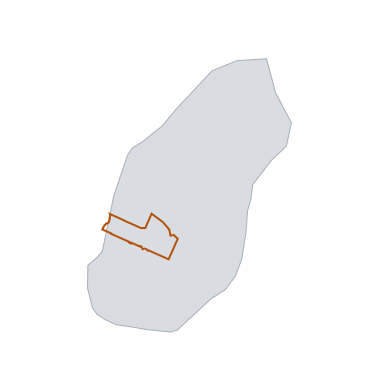 83, Ar Rayyān, Qatar (highlighted), rotated 24°
{"feature_id": "91078587B29732052080276", "entity_name": "83", "entity_type": "district", "adm_level": 2, "iso_a3": "QAT", "parent_name": "Qatar", "parent_adm1": "Ar Rayyān", "projection": "mercator", "projection_center": [50.853, 25.078], "detail": "fine", "context": "in_parent", "style": "outline", "palette": "amber", "viewbox_px": 384, "rotation_deg": 24, "n_neighbors": 0, "source": "geoboundaries", "source_scale": "gbopen_adm2", "svg_char_len": 1734}
<svg xmlns="http://www.w3.org/2000/svg" viewBox="0 0 384 384"><g transform="rotate(24 192 192)"><path d="M206.9,336.0L191.4,339.9L176.7,344.1L164.5,343.9L154.7,342.3L148.2,338.3L135.6,322.2L126.7,301.3L132.2,289.6L134.1,282.4L122.1,227.2L118.1,184.8L119.6,176.1L126.4,166.0L137.8,143.9L143.9,122.5L161.1,73.0L179.3,54.0L205.9,39.9L227.9,67.3L254.5,88.2L259.6,111.6L251.7,130.6L244.5,160.8L248.8,174.6L250.4,186.6L257.7,206.8L264.7,232.9L265.9,251.0L262.1,267.8L252.8,281.9L234.6,324.3L229.1,328.7L206.9,336.0Z" fill="#d9dde1" stroke="#a8b0b8" stroke-width="1"/><path d="M181.1,263.0L198.0,263.0L198.0,240.6L192.9,238.7L190.1,240.6L186.5,235.5L177.5,231.3L163.9,228.3L164.0,243.9L160.0,245.7L140.5,245.7L140.3,245.5L125.9,245.5L126.0,245.6L126.2,245.8L126.4,246.1L126.5,246.2L126.7,246.3L126.9,246.7L126.9,247.0L127.0,248.1L127.0,248.5L127.4,248.9L127.4,249.1L127.5,249.1L127.6,249.3L127.8,249.6L127.8,250.0L127.9,250.4L127.9,250.5L128.0,251.6L128.0,251.9L128.1,252.1L128.1,252.5L128.2,252.8L128.2,253.1L128.3,253.1L128.3,253.3L128.2,253.9L128.2,254.0L128.0,254.3L127.9,254.5L127.7,254.8L127.5,255.0L127.3,255.2L127.2,255.1L127.1,255.3L126.9,255.4L126.9,255.5L126.7,255.7L126.4,255.9L126.4,256.0L126.2,256.0L126.1,256.4L126.1,256.6L126.1,256.8L126.1,257.1L126.0,257.5L125.8,257.7L125.8,257.8L125.7,257.8L125.6,258.1L125.6,258.3L125.6,258.6L125.5,258.8L125.5,259.0L125.5,259.6L125.4,259.6L125.3,260.0L125.3,260.6L125.5,260.9L125.5,261.0L125.4,261.7L125.4,261.8L125.4,262.0L125.3,262.3L125.3,262.7L135.0,262.7L135.0,263.1L155.1,263.1L155.1,263.8L157.4,263.8L157.4,263.0L166.7,263.0L166.7,262.4L167.8,262.4L170.2,264.3L171.7,262.9L174.6,262.9L175.2,263.6L175.9,263.0L181.1,263.0Z" fill="none" stroke="#b45309" stroke-width="2"/></g></svg>